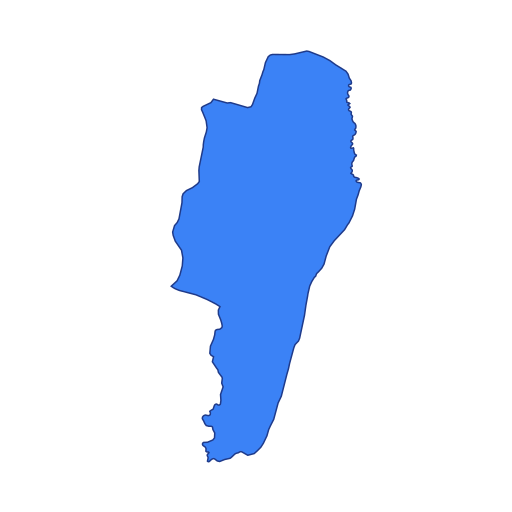 outline of Sacapulas, Quiché, Guatemala, rotated 283°
{"feature_id": "79465075B69929365391108", "entity_name": "Sacapulas", "entity_type": "district", "adm_level": 2, "iso_a3": "GTM", "parent_name": "Guatemala", "parent_adm1": "Quiché", "projection": "natural_earth1", "projection_center": [-91.122, 15.267], "detail": "fine", "context": "isolated", "style": "filled", "palette": "blue", "viewbox_px": 512, "rotation_deg": 283, "n_neighbors": 0, "source": "geoboundaries", "source_scale": "gbopen_adm2", "svg_char_len": 4762}
<svg xmlns="http://www.w3.org/2000/svg" viewBox="0 0 512 512"><g transform="rotate(283 256 256)"><path d="M94.3,245.9L92.8,246.9L91.2,247.1L90.3,246.5L89.7,245.4L89.7,242.6L89.1,241.5L88.3,240.7L86.9,240.1L85.4,240.3L83.4,242.2L81.1,243.9L79.6,245.7L79.5,248.5L79.8,249.4L80.0,250.8L79.9,251.6L79.5,252.1L77.3,253.0L74.3,255.6L69.4,256.5L67.0,255.3L63.6,250.6L63.1,248.8L62.8,247.7L62.6,246.9L61.7,246.2L60.7,246.1L59.7,246.7L59.2,247.5L58.8,248.6L58.6,249.2L57.8,250.1L56.9,250.7L55.6,250.9L54.5,251.1L54.1,251.9L54.1,253.0L54.3,253.8L53.9,254.4L52.7,254.0L52.3,253.6L51.2,253.2L50.5,253.4L50.0,253.8L49.3,254.4L48.8,254.7L47.6,254.8L46.8,254.8L45.9,254.8L45.1,254.9L44.8,255.8L45.2,256.7L45.8,257.1L46.5,257.5L47.2,258.0L47.7,258.4L48.2,258.9L48.7,259.5L49.1,260.5L48.9,261.5L47.6,264.3L47.6,266.8L50.7,271.3L52.8,275.7L53.2,276.4L53.8,276.9L54.6,277.5L56.7,278.9L58.1,279.8L59.1,280.8L59.7,281.8L60.2,282.9L61.6,284.4L61.9,285.2L62.0,286.0L61.8,286.8L60.0,292.8L63.1,298.7L66.5,301.1L70.7,303.7L75.2,305.3L83.3,307.1L89.7,307.4L93.6,308.2L100.8,310.0L117.8,310.6L125.1,312.2L147.8,312.7L153.5,313.0L159.0,312.9L175.2,313.5L178.5,314.0L180.2,315.0L181.4,315.7L182.7,316.5L185.7,317.0L209.0,316.6L219.4,315.7L228.5,315.3L230.9,315.1L238.8,315.1L243.7,316.1L248.5,317.7L249.5,318.6L252.5,319.0L254.6,320.4L258.9,322.8L263.4,324.1L271.8,324.4L281.6,325.8L288.7,328.9L301.6,336.4L306.9,338.1L309.1,339.1L316.8,341.0L323.8,341.6L334.0,341.1L338.4,341.7L342.8,341.9L346.9,342.6L347.8,342.6L348.6,342.6L349.5,342.5L350.0,342.1L350.5,341.6L350.8,341.0L350.7,339.8L350.6,338.0L351.0,337.3L351.4,336.8L352.0,336.6L352.7,337.3L353.1,338.2L353.4,338.9L354.2,339.2L354.7,338.4L354.9,337.3L355.0,336.3L355.0,335.3L354.9,334.5L355.4,333.4L356.0,333.0L356.6,332.9L357.2,332.1L357.4,331.4L357.5,330.7L357.8,329.9L358.5,330.1L359.4,330.6L360.3,330.7L361.2,330.5L361.9,329.9L362.5,328.9L363.3,328.3L364.1,328.6L364.9,329.5L365.6,329.4L366.4,328.9L367.4,328.6L368.2,328.5L369.3,328.7L369.9,329.0L370.4,329.3L371.2,329.6L372.0,329.6L373.0,329.7L374.1,329.8L374.9,330.1L375.4,330.7L376.0,331.1L376.9,331.1L377.2,330.1L377.6,329.3L378.8,328.5L381.3,327.3L381.8,327.2L382.5,327.1L383.3,326.6L382.9,325.8L382.5,324.9L382.4,324.1L383.1,323.7L383.9,323.8L385.2,324.1L385.8,324.5L386.3,324.9L387.4,324.8L388.0,324.1L388.4,323.1L389.1,322.6L389.8,322.7L390.5,323.2L391.1,323.9L391.7,324.1L392.4,324.0L393.2,323.8L394.0,323.3L394.9,323.4L395.4,323.9L396.0,324.5L396.7,325.1L397.4,325.4L398.3,325.6L399.3,325.6L400.0,325.5L400.5,324.7L401.0,323.8L401.8,323.9L402.9,324.4L403.7,324.4L404.8,324.2L405.5,324.0L406.5,323.4L407.1,322.9L407.5,322.4L407.8,321.7L408.7,320.3L409.2,319.9L409.8,319.5L410.7,318.9L411.4,318.6L412.0,318.6L412.7,318.6L413.4,318.7L414.1,318.4L414.5,317.8L415.7,316.7L416.3,316.7L417.1,316.7L418.0,316.2L418.3,315.4L418.4,314.6L418.6,313.9L419.2,313.3L419.8,313.2L420.5,313.3L421.3,313.9L422.1,314.2L422.8,313.5L423.3,312.3L423.8,311.6L424.4,311.9L425.0,312.6L425.6,313.1L426.1,312.2L426.2,310.8L426.2,310.0L427.1,309.6L428.2,309.3L428.8,308.7L429.7,308.4L430.3,309.1L430.9,310.0L431.3,310.4L431.9,310.7L432.7,310.6L433.3,310.1L434.0,309.3L434.7,308.8L435.6,308.5L436.2,308.4L437.1,308.5L437.8,308.7L438.3,309.3L438.8,310.5L439.7,310.9L440.9,311.0L441.7,310.5L441.8,308.8L442.4,308.0L443.4,307.8L444.1,308.3L444.4,309.0L445.2,310.1L446.2,310.1L448.1,309.2L450.3,306.9L453.9,304.8L456.3,302.1L460.2,290.6L462.9,284.3L465.0,276.8L467.2,261.7L467.1,259.3L461.6,248.2L459.8,243.5L456.1,226.8L455.0,224.7L453.0,223.1L446.6,221.7L439.4,221.7L437.2,221.3L433.9,221.1L427.7,220.2L425.0,220.5L422.1,220.2L414.7,220.4L409.6,219.3L402.8,218.5L400.3,217.6L398.7,214.4L399.5,200.8L399.7,196.7L398.6,193.6L399.2,179.3L395.3,177.6L389.9,170.8L388.4,169.6L386.3,170.0L384.4,171.5L379.3,175.1L376.5,177.0L370.0,179.5L365.6,179.7L359.5,179.2L355.8,179.3L352.6,179.6L350.2,180.1L330.1,180.6L326.6,181.1L315.8,184.0L313.3,182.9L308.3,178.7L304.1,173.5L300.3,171.0L297.2,170.7L291.2,171.9L274.9,172.6L270.9,171.7L267.3,169.8L260.6,169.4L257.6,170.6L252.3,174.0L244.9,182.1L237.7,185.2L229.7,186.4L220.2,186.1L214.1,184.7L209.1,181.3L207.5,180.2L206.6,182.4L205.9,184.7L205.2,189.0L204.7,206.2L202.6,218.3L200.2,227.7L198.6,232.3L194.8,231.5L190.8,232.5L185.8,236.0L182.8,237.7L180.1,238.9L178.5,238.8L176.5,237.2L175.7,234.8L175.2,234.0L174.5,233.3L173.6,233.1L169.8,233.5L165.1,233.3L157.9,231.9L150.8,232.9L149.2,234.5L148.3,237.3L143.1,237.3L139.5,241.1L137.8,242.9L136.6,244.4L134.1,245.6L130.3,250.1L129.2,250.7L124.4,251.2L121.1,253.4L113.0,252.6L107.4,254.3L104.1,254.6L103.5,254.6L103.0,254.2L102.4,253.6L102.3,252.5L102.9,251.0L102.6,250.2L102.2,249.7L101.5,249.2L100.5,249.0L97.2,248.7L96.5,248.0L95.9,247.3L94.3,245.9Z" fill="#3b82f6" stroke="#1e3a8a" stroke-width="1.5"/></g></svg>